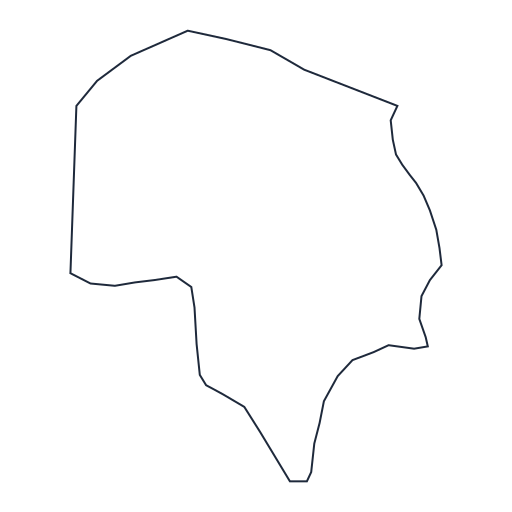 the district of Buk-gu, Ulsan, South Korea
{"feature_id": "91817680B63178832268751", "entity_name": "Buk-gu", "entity_type": "district", "adm_level": 2, "iso_a3": "KOR", "parent_name": "South Korea", "parent_adm1": "Ulsan", "projection": "equal_earth", "projection_center": [129.393, 35.595], "detail": "fine", "context": "isolated", "style": "outline", "palette": "slate", "viewbox_px": 512, "rotation_deg": 0, "n_neighbors": 0, "source": "geoboundaries", "source_scale": "gbopen_adm2", "svg_char_len": 763}
<svg xmlns="http://www.w3.org/2000/svg" viewBox="0 0 512 512"><path d="M76.4,105.9L70.5,271.3L70.4,273.2L90.5,283.5L114.9,285.8L135.1,282.4L154.2,280.1L176.5,276.7L191.3,287.0L194.5,307.5L196.6,344.1L199.8,374.9L206.1,385.2L208.7,386.6L210.8,387.7L223.1,394.4L244.3,406.9L260.2,432.1L289.9,481.3L297.4,481.3L306.9,481.3L311.2,472.1L314.3,443.5L319.6,423.0L323.9,401.2L337.7,376.1L352.5,360.1L373.7,352.1L388.6,345.2L414.1,348.7L427.8,346.4L425.7,337.2L419.3,318.9L421.5,296.1L429.9,280.1L441.6,265.2L439.5,248.1L436.3,229.8L429.9,210.4L423.6,195.6L416.1,183.0L409.8,175.0L402.3,164.8L396.0,154.5L392.8,139.7L390.7,120.3L397.4,105.9L304.2,69.7L270.5,50.2L226.5,39.1L187.7,30.7L130.8,55.8L97.1,80.8L76.4,105.9Z" fill="none" stroke="#1e293b" stroke-width="2"/></svg>